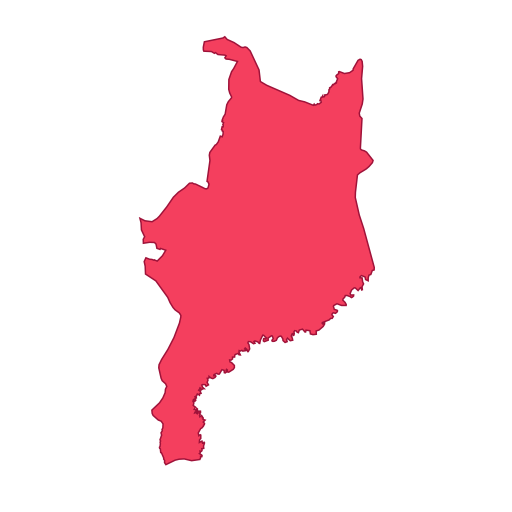 Uthumphon Phisai, Si Sa Ket, Thailand, rotated 5°
{"feature_id": "78962969B73253531385029", "entity_name": "Uthumphon Phisai", "entity_type": "district", "adm_level": 2, "iso_a3": "THA", "parent_name": "Thailand", "parent_adm1": "Si Sa Ket", "projection": "robinson", "projection_center": [104.158, 15.11], "detail": "fine", "context": "isolated", "style": "filled", "palette": "rose", "viewbox_px": 512, "rotation_deg": 5, "n_neighbors": 0, "source": "geoboundaries", "source_scale": "gbopen_adm2", "svg_char_len": 6085}
<svg xmlns="http://www.w3.org/2000/svg" viewBox="0 0 512 512"><g transform="rotate(5 256 256)"><path d="M185.9,47.1L185.3,52.6L185.6,55.3L186.2,56.5L193.8,56.2L196.9,57.7L197.9,56.9L200.5,58.6L207.5,58.6L208.8,59.2L207.7,61.3L209.0,62.4L212.4,62.4L220.6,63.8L217.4,71.3L215.6,74.5L213.6,82.5L214.3,92.3L215.6,95.9L217.8,99.6L217.8,100.6L215.0,104.6L213.7,107.9L212.9,117.4L211.4,120.3L210.4,123.8L210.9,124.1L210.4,125.1L212.1,126.0L211.5,128.1L212.0,128.5L212.0,129.9L211.8,130.4L211.0,130.2L210.6,133.1L211.3,133.4L211.5,134.4L212.4,134.7L212.6,137.5L211.9,140.2L210.0,139.7L208.4,145.7L206.7,148.5L205.6,149.1L201.0,156.8L200.7,159.6L201.8,164.9L200.7,185.9L201.6,186.3L202.9,188.5L202.3,192.3L201.0,193.4L199.4,193.4L189.5,189.6L187.6,189.5L186.3,188.8L183.4,189.3L178.9,194.5L173.2,199.2L168.6,204.6L162.8,214.9L156.3,224.8L154.1,227.4L149.5,230.9L142.3,230.6L137.1,228.6L138.6,232.9L139.6,240.0L143.4,246.5L142.2,249.2L142.7,253.1L148.9,251.6L153.7,251.4L155.4,252.9L156.6,257.0L159.8,257.8L160.3,256.8L165.6,258.1L162.8,263.9L158.0,269.7L155.0,268.7L154.7,269.1L152.7,268.5L150.2,268.5L146.5,267.4L145.1,271.3L146.5,275.8L147.5,283.6L158.4,289.5L171.7,304.9L174.5,310.0L177.9,314.6L180.1,316.7L184.6,319.4L186.3,321.7L186.4,323.4L185.6,329.5L181.4,344.4L176.4,356.7L171.0,367.3L168.9,372.7L168.9,375.9L172.1,386.0L173.4,388.4L177.1,391.2L178.5,393.7L177.4,396.6L177.4,400.1L175.6,405.5L172.7,410.7L165.7,418.6L166.3,421.9L167.4,423.8L172.9,427.9L175.9,428.8L178.0,431.3L178.2,435.3L177.5,437.1L177.9,438.3L176.8,440.4L177.6,442.7L176.4,447.5L177.1,448.6L176.7,449.8L177.1,451.3L177.0,454.1L176.5,454.9L176.8,456.0L177.5,456.4L178.2,460.1L178.9,460.2L179.8,461.8L181.7,465.3L181.7,466.3L182.8,467.6L182.9,469.8L184.4,471.7L193.3,466.4L197.2,465.1L202.2,464.4L209.7,465.5L217.8,463.6L218.4,461.9L218.2,460.5L219.5,460.6L219.7,459.7L219.3,459.0L216.8,457.8L217.7,456.7L217.2,455.3L218.5,455.4L219.0,454.9L219.2,453.9L218.8,452.6L220.7,452.2L220.3,449.9L221.0,446.7L220.5,446.1L219.8,447.1L219.1,447.2L218.3,445.1L215.8,446.7L215.8,444.0L216.9,442.6L216.6,439.2L216.0,438.9L214.7,440.0L213.9,437.3L215.9,432.8L217.2,431.9L218.5,430.0L218.5,429.1L219.2,428.6L219.3,427.2L217.9,426.0L219.6,423.9L217.5,423.4L217.5,421.9L216.6,421.7L216.7,420.9L215.7,419.7L214.1,421.1L213.6,419.6L214.3,418.4L213.4,417.8L214.4,416.6L214.2,415.4L212.5,415.5L212.7,416.3L211.9,416.7L211.2,418.3L210.7,418.0L211.1,416.5L208.6,417.7L208.8,416.9L211.0,415.2L211.0,413.5L210.3,413.0L210.3,414.6L209.6,415.2L208.9,414.2L207.8,414.2L208.8,411.8L206.5,410.4L206.9,407.8L205.8,406.1L206.1,405.4L207.7,406.1L208.6,404.8L208.2,404.3L206.8,405.1L206.3,404.4L209.0,402.6L208.8,401.9L207.8,402.1L207.4,401.6L209.2,400.2L209.3,398.8L209.9,398.5L211.8,399.6L212.0,397.9L213.2,397.6L212.3,395.6L210.6,394.7L211.4,393.5L211.7,392.2L212.5,392.5L212.8,394.4L214.8,392.8L215.9,392.7L214.2,391.4L213.2,389.3L214.1,388.7L216.7,388.6L217.6,390.1L219.9,388.5L218.3,386.1L219.0,383.8L218.1,382.1L219.7,381.7L219.7,380.0L221.8,381.5L223.7,381.9L225.7,380.6L226.5,379.3L226.2,378.7L224.3,379.0L224.5,377.8L227.1,376.3L228.5,377.0L229.8,376.8L232.0,372.2L234.2,372.7L234.6,375.0L235.5,375.2L236.6,374.2L236.2,372.5L236.5,371.5L237.4,372.0L237.4,374.0L239.0,374.1L243.2,370.9L244.2,369.1L244.0,366.9L241.1,364.4L239.2,363.7L238.8,361.8L240.2,361.9L241.6,360.6L241.4,358.8L243.5,358.5L243.5,356.5L244.1,355.8L246.6,354.7L247.7,355.9L249.0,355.9L247.4,353.1L247.5,351.7L248.5,352.1L250.2,351.2L251.1,351.9L254.3,351.1L254.5,350.4L252.7,349.6L253.3,348.6L255.0,349.8L256.2,352.0L256.6,351.9L257.8,349.1L256.7,344.8L255.5,343.3L255.9,341.9L258.0,341.9L261.2,343.6L262.6,343.0L261.4,341.3L262.4,340.7L265.3,341.4L266.8,342.8L267.3,342.8L267.7,339.4L269.6,334.3L270.5,334.3L273.5,336.8L273.0,337.9L271.3,337.4L270.8,337.7L270.7,339.9L271.7,340.6L275.5,338.8L275.2,336.7L278.4,334.1L279.2,334.3L280.4,336.7L279.2,338.6L279.5,339.4L280.2,339.6L281.8,339.3L283.6,338.2L284.5,335.6L285.9,334.2L287.5,333.6L288.2,333.8L289.9,336.1L290.3,337.9L292.5,339.6L294.5,338.6L293.7,336.7L294.5,335.1L297.5,337.4L299.9,336.7L299.3,334.6L298.1,332.7L298.6,330.6L299.3,330.1L299.9,330.4L300.0,331.9L300.7,331.5L300.9,329.9L300.4,328.3L301.0,327.0L302.6,327.1L303.6,328.3L304.9,328.7L305.6,326.0L308.7,324.8L311.5,327.5L312.1,327.3L312.3,325.5L316.2,325.7L317.0,328.9L319.6,329.4L322.9,328.7L322.5,325.4L325.2,324.3L329.0,320.4L330.2,318.0L330.2,316.9L328.5,317.9L327.8,317.3L327.9,316.5L334.6,313.2L335.7,311.7L337.3,311.5L338.3,309.6L336.7,307.9L336.9,307.0L337.9,305.8L340.2,306.2L341.8,304.5L342.0,303.5L341.6,303.0L338.6,302.3L337.5,299.4L337.7,298.6L340.8,296.5L345.5,297.8L350.1,297.4L350.1,296.4L348.7,294.4L346.3,292.4L346.5,291.2L348.0,289.2L348.4,287.6L350.1,287.4L353.2,288.2L354.7,289.1L355.7,288.5L356.7,287.4L356.7,286.3L353.9,286.6L353.0,285.2L354.2,281.5L356.7,279.1L357.8,279.2L360.7,281.5L362.8,278.4L363.5,278.5L364.2,280.6L364.9,280.3L364.3,277.4L365.6,274.4L364.5,272.5L363.6,268.6L361.4,268.6L361.4,267.7L362.8,266.3L366.5,267.4L367.2,269.9L369.9,270.9L369.7,267.9L370.2,265.2L372.0,264.4L373.1,260.3L374.9,259.6L374.8,257.1L360.9,219.3L355.3,206.2L349.8,189.1L349.5,183.8L350.0,166.4L352.2,164.1L358.3,159.6L360.8,157.0L363.8,152.9L364.3,150.6L357.1,142.9L354.9,141.8L352.0,141.2L350.9,140.5L350.6,139.7L349.6,109.8L347.2,107.6L346.4,104.7L348.6,95.3L348.9,90.3L345.7,70.1L345.7,57.8L344.8,52.9L343.7,51.2L342.5,50.9L340.6,52.2L336.5,61.1L336.5,62.5L333.3,65.2L328.2,66.5L322.9,65.0L322.3,65.3L322.5,67.0L320.6,68.7L320.0,69.7L320.2,70.5L321.9,72.3L321.0,75.0L321.0,76.5L320.4,76.4L320.1,77.3L319.1,77.3L318.3,78.7L317.5,78.5L316.3,80.9L314.7,82.0L314.9,83.0L314.2,83.9L314.3,86.2L313.5,88.1L312.8,89.0L310.4,89.6L310.6,90.4L310.0,91.5L308.8,91.7L308.5,90.6L307.8,92.1L307.1,92.2L306.2,95.5L307.0,95.3L307.6,97.2L305.5,99.1L304.0,98.9L303.4,99.8L301.5,100.6L300.7,99.6L300.0,100.9L291.0,98.2L284.9,97.3L275.6,93.0L251.8,85.0L245.7,82.1L245.1,81.6L242.8,70.4L232.3,52.2L228.7,49.1L226.9,48.7L224.9,49.5L222.9,49.3L215.5,45.3L208.4,42.8L205.8,40.3L204.1,41.7L185.9,47.1Z" fill="#f43f5e" stroke="#9f1239" stroke-width="1.5"/></g></svg>